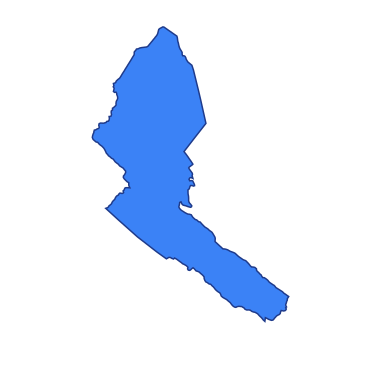 the district of Andaraí, Bahia, Brazil, rotated 324°
{"feature_id": "56859067B10636058932949", "entity_name": "Andaraí", "entity_type": "district", "adm_level": 2, "iso_a3": "BRA", "parent_name": "Brazil", "parent_adm1": "Bahia", "projection": "equal_earth", "projection_center": [-41.223, -12.794], "detail": "fine", "context": "isolated", "style": "filled", "palette": "blue", "viewbox_px": 384, "rotation_deg": 324, "n_neighbors": 0, "source": "geoboundaries", "source_scale": "gbopen_adm2", "svg_char_len": 5329}
<svg xmlns="http://www.w3.org/2000/svg" viewBox="0 0 384 384"><g transform="rotate(324 192 192)"><path d="M266.3,42.2L265.5,41.3L263.4,41.0L262.0,40.8L260.7,40.9L259.7,41.7L258.3,42.9L257.0,43.9L255.5,44.6L254.1,45.0L253.1,45.2L252.1,45.6L250.6,45.9L249.2,46.3L248.2,46.6L247.2,46.8L246.2,47.1L244.9,47.4L243.4,47.8L241.9,48.2L240.5,48.0L239.1,47.2L237.8,46.5L236.2,45.6L234.4,44.8L232.6,44.5L231.1,43.7L230.0,44.2L229.0,44.5L228.1,44.5L227.2,45.2L226.4,46.4L225.4,47.2L224.3,47.6L222.8,48.2L221.5,48.8L219.1,49.8L217.8,50.3L216.4,50.9L214.8,51.5L213.7,52.0L211.4,52.9L210.1,53.4L208.6,54.1L207.0,54.7L205.7,55.2L204.7,55.6L203.6,56.1L201.9,56.8L200.9,57.2L199.9,57.4L198.4,57.4L196.8,57.6L195.7,57.8L194.6,58.6L193.4,58.4L192.2,58.0L191.2,60.2L190.1,60.6L190.0,62.3L188.7,63.5L187.5,64.5L187.9,65.9L189.2,66.5L189.1,67.8L188.4,69.0L187.9,70.9L187.1,72.4L186.1,73.2L184.1,74.1L182.6,75.6L181.8,76.9L180.9,77.3L179.7,77.4L178.2,77.6L176.9,77.5L175.9,78.9L174.3,79.0L173.4,80.1L172.3,82.2L170.8,83.1L169.3,82.2L168.4,83.9L167.3,85.0L166.1,85.6L164.6,84.8L163.2,85.2L162.2,84.8L161.1,84.5L159.8,83.5L158.6,82.5L157.1,82.1L155.8,83.2L155.0,85.2L153.9,85.7L152.3,85.2L150.5,85.1L149.4,84.5L148.2,85.4L147.4,86.3L146.4,86.8L145.4,87.5L144.5,88.2L143.4,89.3L142.9,91.3L143.3,93.2L143.8,95.2L144.9,96.3L145.1,98.9L145.5,100.4L146.0,101.8L146.2,103.1L146.4,104.5L146.3,106.2L146.1,107.5L145.8,109.0L145.5,110.5L145.8,112.0L145.7,113.5L146.4,115.5L146.7,117.3L147.6,119.1L147.6,120.7L147.6,122.4L148.1,124.3L148.7,126.1L148.8,128.4L149.6,130.3L150.4,132.3L150.4,134.3L150.6,136.0L149.7,137.3L147.7,138.3L145.9,138.8L145.0,139.9L144.9,141.6L145.2,143.6L145.5,145.4L146.3,147.3L145.2,148.8L144.6,149.9L144.2,152.1L142.0,150.3L141.0,149.6L139.9,149.4L138.8,150.1L137.8,150.6L136.9,150.6L136.3,152.3L135.1,152.4L134.2,151.7L133.1,150.5L131.8,150.6L130.6,151.2L129.6,151.0L128.5,151.0L127.1,151.4L125.0,152.6L123.4,152.7L122.4,153.0L121.4,153.3L120.0,154.2L118.3,154.4L116.7,154.4L115.7,155.0L114.3,155.0L112.6,154.5L116.1,171.6L121.5,196.3L128.3,219.8L132.0,231.0L133.5,231.2L134.8,231.3L135.9,232.1L136.8,234.1L137.7,235.4L139.1,235.2L140.1,237.3L140.7,239.3L141.3,241.2L141.9,242.9L142.2,244.5L142.9,245.6L143.4,246.7L144.1,248.2L144.5,250.5L143.2,251.6L143.1,253.0L144.0,254.0L144.9,254.2L146.0,254.0L147.2,253.9L148.3,253.9L148.7,255.4L148.8,256.9L148.9,258.2L150.1,259.8L150.9,261.3L151.0,262.6L151.5,264.4L151.8,266.1L151.9,267.7L150.9,269.3L150.4,271.2L150.3,272.8L151.1,274.2L151.8,276.5L152.9,277.6L153.1,279.7L153.5,281.3L153.6,282.9L153.6,284.6L153.9,286.3L154.5,288.3L155.2,289.8L155.1,291.4L154.5,293.3L154.9,295.2L155.5,296.6L156.0,297.7L156.8,299.4L157.3,301.7L157.9,303.9L157.9,306.7L158.2,308.7L158.8,310.1L159.7,311.1L161.1,311.3L162.7,312.0L163.9,313.1L164.9,313.9L165.3,315.0L165.9,316.2L166.0,318.1L167.0,319.7L168.1,320.4L169.0,321.1L169.7,322.0L170.2,323.7L171.1,325.1L172.3,326.4L173.5,329.0L173.7,331.1L173.9,332.5L174.3,334.3L174.4,335.6L174.4,337.2L174.9,339.5L177.5,336.8L178.4,338.4L179.0,339.8L179.8,341.0L180.8,342.5L182.2,343.2L183.5,343.0L184.6,342.6L185.9,342.4L186.9,342.1L188.0,342.0L189.0,342.1L190.5,342.4L191.9,342.2L193.0,341.2L194.5,340.3L196.2,342.1L197.5,342.7L198.6,342.6L199.5,342.1L199.8,340.6L200.9,340.6L201.1,339.1L201.8,338.0L203.1,337.2L204.2,336.2L205.4,335.6L206.6,334.2L207.7,333.9L208.8,333.4L208.1,331.4L207.6,329.8L206.8,327.7L206.6,325.9L203.7,318.6L203.7,317.2L203.6,315.9L202.9,314.4L202.5,313.1L202.0,311.9L201.5,310.2L201.4,307.8L200.8,305.6L200.1,303.8L198.9,302.8L198.9,301.1L199.2,299.8L198.7,297.9L198.6,296.2L198.2,294.8L198.2,293.3L199.0,292.0L198.5,289.9L197.3,288.6L196.1,287.6L195.8,286.0L195.7,283.2L195.4,281.0L195.1,279.1L194.2,277.8L193.5,276.6L192.8,274.5L192.2,272.9L191.7,271.3L191.3,269.3L190.9,267.1L190.3,265.8L189.2,264.1L188.1,262.5L187.5,261.2L186.9,259.8L185.7,258.1L184.5,256.9L183.6,256.2L181.5,245.7L182.5,244.4L183.4,243.4L184.0,242.1L184.2,240.3L184.4,238.4L184.5,236.4L184.1,235.0L183.5,233.3L183.2,231.4L182.5,229.5L181.8,227.8L181.5,225.9L181.1,223.0L181.0,221.2L179.9,219.9L179.4,217.4L178.5,216.2L178.1,214.5L177.8,212.7L178.0,210.0L176.8,208.4L175.7,207.5L175.1,206.4L174.2,204.6L173.5,202.7L172.9,201.3L172.4,199.6L172.3,197.7L172.6,196.3L173.8,195.3L175.0,194.2L175.9,193.2L177.3,193.5L177.0,194.8L176.8,196.1L177.1,197.4L178.0,198.5L179.0,199.7L180.1,201.4L180.9,202.4L181.8,203.5L182.8,203.7L183.7,203.1L183.7,201.3L183.5,199.4L183.7,198.2L184.3,196.8L185.1,195.8L185.8,194.8L186.8,193.2L187.6,191.4L188.3,190.3L189.1,189.2L189.9,188.0L191.7,187.8L193.3,186.5L194.6,185.9L195.8,186.8L196.7,188.1L197.8,188.4L198.4,187.3L198.8,185.2L199.1,183.4L198.0,182.2L196.8,181.7L197.0,180.0L198.3,179.3L199.7,179.7L200.7,181.6L201.7,178.8L202.9,177.9L203.3,176.7L203.3,175.2L203.3,173.5L203.3,171.9L203.5,170.6L204.6,170.2L206.3,170.2L208.0,170.2L209.1,170.0L209.2,168.0L209.3,165.8L209.3,164.5L209.3,163.2L209.4,161.5L209.4,159.5L209.4,157.6L209.3,155.9L209.3,154.6L226.4,149.6L243.6,144.7L253.1,122.7L256.8,113.9L264.9,94.1L265.3,92.8L265.9,91.0L266.4,89.4L265.1,84.4L265.2,82.5L265.4,81.0L265.9,79.7L266.1,78.2L265.6,77.1L264.5,76.2L265.1,74.6L266.1,73.2L266.3,71.2L266.4,69.5L266.7,67.9L267.1,66.7L267.7,65.2L268.5,63.5L269.1,61.7L269.9,60.2L270.8,58.6L271.4,57.0L268.0,47.2L266.3,42.2Z" fill="#3b82f6" stroke="#1e3a8a" stroke-width="1.5"/></g></svg>